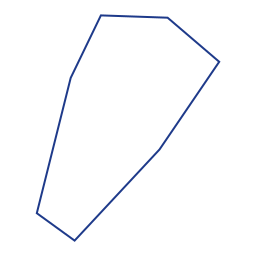 outline of Salt Cay
{"feature_id": "TCA-5008", "entity_name": "Salt Cay", "entity_type": "state/province", "adm_level": 1, "iso_a3": "TCA", "parent_name": "Turks and Caicos Islands", "parent_adm1": "", "projection": "orthographic", "projection_center": [-71.208, 21.326], "detail": "fine", "context": "isolated", "style": "outline", "palette": "blue", "viewbox_px": 256, "rotation_deg": 0, "n_neighbors": 0, "source": "natural_earth", "source_scale": "10m", "svg_char_len": 215}
<svg xmlns="http://www.w3.org/2000/svg" viewBox="0 0 256 256"><path d="M100.9,15.4L167.6,17.7L219.2,61.8L159.5,149.5L74.6,240.6L36.8,213.2L70.7,77.9L100.9,15.4Z" fill="none" stroke="#1e3a8a" stroke-width="2"/></svg>